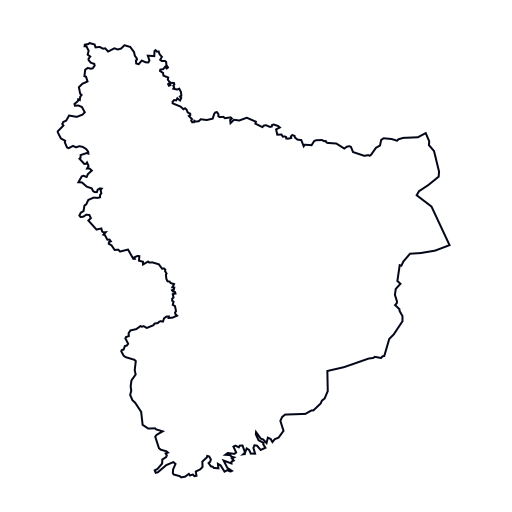 Bela Vista, Mato Grosso do Sul, Brazil, rotated 88°
{"feature_id": "56859067B95751295676560", "entity_name": "Bela Vista", "entity_type": "district", "adm_level": 2, "iso_a3": "BRA", "parent_name": "Brazil", "parent_adm1": "Mato Grosso do Sul", "projection": "natural_earth1", "projection_center": [-56.561, -21.914], "detail": "fine", "context": "isolated", "style": "outline", "palette": "ink", "viewbox_px": 512, "rotation_deg": 88, "n_neighbors": 0, "source": "geoboundaries", "source_scale": "gbopen_adm2", "svg_char_len": 6055}
<svg xmlns="http://www.w3.org/2000/svg" viewBox="0 0 512 512"><g transform="rotate(88 256 256)"><path d="M473.0,329.7L472.2,326.7L473.9,325.2L473.6,323.2L469.3,323.7L467.3,319.2L465.0,316.8L459.6,316.8L455.5,312.1L454.1,311.7L454.7,309.8L457.8,308.2L460.0,309.0L461.3,310.6L464.7,308.4L465.0,306.7L466.3,305.6L466.9,301.0L462.4,301.3L464.0,298.7L470.4,295.0L469.1,292.3L470.5,289.0L469.9,287.6L466.8,292.0L459.3,295.5L462.5,287.7L460.6,287.6L459.6,285.4L457.5,287.1L456.5,285.0L455.5,287.9L454.1,288.5L453.6,293.6L451.9,291.1L453.0,284.5L451.7,282.7L445.7,285.2L444.8,283.3L446.6,279.8L445.0,278.9L444.9,276.1L452.1,273.8L448.0,272.0L449.6,269.6L453.3,268.1L453.5,263.8L447.7,265.3L445.1,264.1L445.6,261.6L450.0,258.1L448.0,253.3L444.5,255.3L443.0,255.0L440.2,259.9L434.2,262.4L432.0,262.1L438.6,257.7L439.7,255.1L443.3,252.0L438.0,250.5L439.4,247.7L442.5,246.1L439.7,243.6L438.3,239.8L431.7,234.6L421.6,237.4L417.8,235.5L415.5,232.4L415.5,212.1L412.3,206.0L412.3,204.0L405.7,196.6L402.9,195.2L400.8,192.4L393.5,189.0L373.4,188.7L370.2,172.1L362.4,146.9L362.0,142.3L360.9,140.8L362.3,134.6L360.7,133.1L360.4,131.3L343.5,125.7L339.2,121.1L326.3,111.9L321.2,111.7L316.0,114.4L314.2,114.5L309.9,118.7L308.0,116.9L306.3,116.7L299.7,118.5L293.8,117.5L288.8,112.6L285.9,115.6L270.2,112.7L270.8,111.1L266.5,108.8L259.1,102.0L258.8,91.4L256.9,76.9L251.9,62.2L212.7,78.9L200.9,93.3L196.9,90.8L191.3,81.6L183.1,70.7L178.2,70.1L157.4,74.4L151.2,79.3L147.4,78.9L139.1,82.1L143.0,90.1L143.1,104.7L144.3,109.5L145.7,111.0L143.8,116.5L142.8,124.3L144.3,126.8L149.9,128.2L152.1,132.4L158.9,137.5L159.8,138.9L159.1,140.3L159.7,144.2L155.5,155.4L150.3,157.3L149.5,159.0L150.0,161.5L151.7,164.0L146.4,171.8L145.5,180.4L144.9,181.7L143.5,182.3L143.6,184.0L142.4,186.0L142.4,191.7L143.1,193.8L147.2,196.6L146.5,203.3L148.0,204.5L141.7,206.7L141.2,210.4L139.0,212.9L137.3,213.3L136.4,215.6L137.7,216.9L139.3,216.7L139.9,220.0L139.6,221.7L138.2,221.7L137.5,223.1L137.7,225.0L135.5,226.3L135.5,230.5L130.2,231.5L128.4,227.7L126.8,229.5L125.2,233.7L125.6,235.3L127.1,235.7L127.5,237.5L125.6,241.6L126.0,243.7L127.4,245.1L123.7,252.0L121.8,251.4L117.5,260.4L120.0,268.0L119.1,273.3L122.3,276.8L119.2,277.1L117.7,275.4L116.6,276.5L117.2,282.3L115.8,283.8L115.9,287.4L115.1,288.7L113.0,288.6L110.8,290.1L111.2,291.8L112.5,292.8L117.2,294.5L118.4,300.6L117.4,306.4L119.3,308.5L119.6,311.6L118.7,312.9L120.1,313.3L120.1,315.1L118.5,316.0L117.0,315.2L113.7,318.2L112.9,316.8L111.5,316.8L110.2,319.2L107.3,320.3L105.9,321.8L106.8,323.4L104.1,326.1L100.5,334.0L99.0,334.0L97.3,332.4L97.7,330.3L95.6,329.1L97.9,326.5L95.5,325.2L93.9,326.4L93.2,325.0L89.5,325.3L86.1,326.9L86.9,329.0L85.9,332.8L84.4,331.9L82.9,332.7L81.7,331.6L80.2,332.0L79.9,335.9L76.6,338.0L74.6,337.5L72.5,342.2L69.8,342.5L67.7,345.5L66.4,345.1L66.0,342.2L63.7,340.2L65.5,338.7L64.5,337.4L62.0,338.9L59.0,339.0L57.9,340.2L57.8,343.4L56.6,344.9L53.7,343.1L51.0,345.3L48.2,346.2L48.3,347.9L46.8,349.2L47.7,350.3L52.7,350.7L52.0,357.1L56.9,355.7L58.8,356.8L58.6,359.5L56.7,363.3L60.2,366.6L59.4,369.0L56.5,369.2L55.6,368.1L54.3,368.3L51.6,370.1L47.9,370.8L42.7,374.4L40.8,380.1L44.0,383.6L44.8,386.9L43.5,390.3L46.5,396.7L43.2,399.5L43.5,401.6L41.6,405.0L41.9,409.1L39.0,409.9L37.4,414.9L38.3,416.1L38.8,419.7L40.4,420.0L40.6,418.1L45.1,416.1L48.9,417.2L50.9,414.7L53.1,416.5L54.5,416.4L57.1,414.3L58.4,410.9L60.1,410.6L62.7,412.6L63.1,414.4L62.2,417.6L63.9,420.2L70.3,421.2L70.9,419.6L75.7,418.3L77.8,423.5L81.1,427.1L87.5,426.1L89.0,424.7L90.6,426.1L94.0,426.7L93.2,428.2L95.1,428.7L97.7,432.1L99.5,431.7L99.4,428.3L101.0,424.8L106.4,422.1L108.7,424.5L110.7,430.3L109.1,437.9L114.1,441.0L115.3,443.9L117.3,445.0L118.9,443.9L124.5,449.8L125.7,449.7L131.7,446.9L134.2,442.7L135.7,443.1L140.9,441.1L141.7,439.5L139.6,435.0L141.1,432.1L140.1,428.7L140.9,425.4L143.2,422.0L145.9,420.1L147.8,420.0L147.2,421.5L149.0,427.7L151.8,428.0L152.6,429.0L158.0,424.4L157.9,422.5L156.7,421.6L160.1,420.2L162.7,421.8L162.8,419.3L164.9,417.1L168.2,421.1L171.1,422.5L169.8,425.6L170.4,427.4L176.1,430.9L176.4,427.4L180.8,422.7L182.6,417.9L185.6,416.4L186.5,415.0L186.6,412.8L184.2,411.9L183.0,409.7L183.3,407.9L184.8,409.0L188.0,408.4L189.5,409.7L191.9,409.8L192.4,412.2L192.0,416.3L194.1,421.6L198.5,423.9L199.6,425.7L205.1,426.8L206.6,429.6L209.4,431.1L210.9,430.0L210.7,427.2L208.8,424.2L209.2,421.1L212.4,419.7L214.7,422.3L224.0,414.5L223.1,409.6L226.1,408.9L227.1,407.6L227.0,405.4L229.4,407.7L230.0,406.2L234.5,404.0L234.5,401.8L236.3,400.6L237.0,402.5L238.7,402.7L240.3,400.0L245.0,397.1L244.9,393.4L246.8,391.7L245.1,383.7L254.6,378.7L254.6,377.2L253.1,377.6L251.8,374.4L252.1,372.6L256.6,373.1L257.8,369.2L260.5,369.2L257.8,364.0L258.8,363.0L258.8,359.7L260.9,353.4L265.5,350.2L265.2,348.5L266.4,347.1L268.0,347.4L270.4,346.0L271.6,346.7L275.7,346.4L278.2,345.3L278.6,343.2L280.0,342.3L281.2,338.9L284.4,340.7L284.7,338.8L286.7,339.2L287.3,341.1L288.5,340.3L289.2,338.2L290.7,337.8L291.2,340.5L294.6,339.9L295.8,341.3L297.8,341.3L298.8,340.0L301.9,340.9L303.3,338.7L308.3,337.9L309.8,338.9L311.2,338.6L312.9,337.0L314.7,341.6L314.9,345.5L313.4,345.2L313.4,347.5L315.0,350.0L318.3,351.3L317.8,353.6L318.4,355.2L319.6,356.4L320.0,359.8L321.6,360.9L324.1,367.7L322.2,370.7L322.7,372.7L322.0,373.9L324.9,378.2L326.0,384.1L328.7,386.0L331.6,385.9L332.5,388.8L333.8,389.4L339.3,386.8L341.1,388.4L341.4,390.2L344.9,391.6L345.3,393.4L346.5,394.0L351.0,391.8L352.5,389.9L355.5,381.1L356.9,379.8L365.8,381.2L370.2,380.4L376.0,384.8L381.8,385.8L386.4,385.4L390.4,386.6L395.7,384.6L398.4,381.9L407.8,376.2L420.8,375.2L424.7,369.7L424.7,362.9L425.8,361.8L428.0,355.4L431.2,361.5L433.1,363.0L444.7,359.7L446.2,358.0L448.1,352.3L449.4,350.9L450.2,353.2L452.1,352.1L453.8,352.8L456.1,356.7L460.2,357.1L465.4,361.9L466.7,364.7L469.2,363.8L468.7,361.6L461.8,352.9L459.1,345.8L461.0,343.7L466.4,346.3L470.1,346.7L471.5,345.9L473.3,340.0L474.6,338.5L474.1,334.6L471.4,330.7L473.0,329.7ZM79.9,335.9L82.3,335.6L82.8,337.1L81.1,337.8L79.9,335.9ZM452.1,273.8L453.7,275.7L453.5,274.1L452.1,273.8Z" fill="none" stroke="#020617" stroke-width="2"/></g></svg>